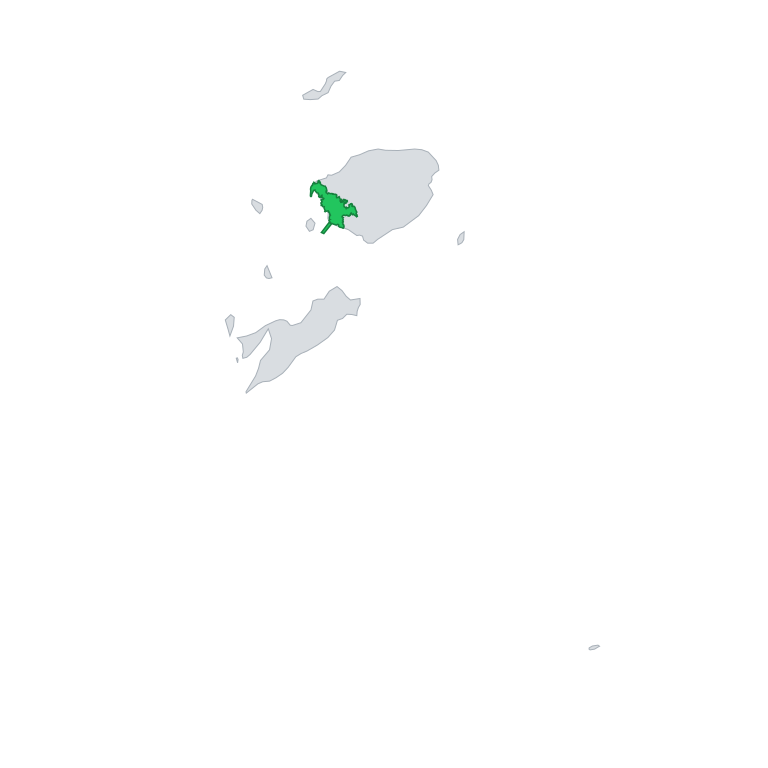 location of Tailevu, Central, Fiji, rotated 164°
{"feature_id": "14151628B48978228339800", "entity_name": "Tailevu", "entity_type": "district", "adm_level": 2, "iso_a3": "FJI", "parent_name": "Fiji", "parent_adm1": "Central", "projection": "mercator", "projection_center": [178.445, -17.83], "detail": "fine", "context": "in_parent", "style": "filled", "palette": "green", "viewbox_px": 768, "rotation_deg": 164, "n_neighbors": 0, "source": "geoboundaries", "source_scale": "gbopen_adm2", "svg_char_len": 7953}
<svg xmlns="http://www.w3.org/2000/svg" viewBox="0 0 768 768"><g transform="rotate(164 384 384)"><path d="M363.9,527.9L363.9,532.1L366.5,533.9L369.2,534.2L375.7,542.2L385.8,549.1L392.0,554.3L392.3,558.8L390.5,563.6L393.1,572.1L394.3,581.0L398.8,595.0L392.5,597.7L382.5,598.0L380.2,600.5L376.8,599.1L368.5,600.2L360.6,604.8L353.1,611.1L344.4,611.1L334.6,612.4L324.9,611.5L318.0,608.2L305.9,604.5L289.7,601.4L283.1,598.8L277.5,594.7L272.3,584.4L271.5,579.3L272.3,574.4L277.0,572.8L281.0,570.3L281.5,567.1L283.3,564.8L285.6,564.0L286.7,562.5L285.1,557.2L284.6,552.5L294.0,543.8L304.2,536.3L322.2,529.5L333.3,530.1L350.2,524.8L355.6,522.4L360.9,523.9L363.9,527.9ZM518.8,414.6L505.2,427.1L500.3,433.6L496.2,440.7L484.6,448.4L479.6,458.6L480.0,469.0L491.6,458.2L504.6,449.3L508.6,447.5L512.6,447.6L512.3,450.6L510.4,453.6L509.0,461.5L512.4,468.8L502.8,468.0L493.2,468.7L481.9,472.8L470.7,474.6L466.6,474.6L462.6,473.2L460.0,471.1L457.9,466.3L455.9,465.5L447.0,465.8L433.8,475.3L429.4,483.4L424.3,483.8L418.3,482.1L411.0,488.3L402.3,490.6L398.6,485.3L396.2,478.8L393.1,474.0L383.5,472.8L385.0,467.0L387.5,464.6L389.8,461.2L391.3,457.2L395.8,459.7L400.5,461.3L405.8,458.4L411.2,458.1L416.7,449.5L425.2,444.1L437.0,439.9L449.0,436.9L455.2,436.2L461.2,434.5L471.6,426.4L478.5,422.3L486.0,419.8L493.2,418.3L499.9,419.6L505.2,418.9L518.9,413.2L518.8,414.6ZM382.6,679.9L382.6,684.0L371.0,686.7L367.1,683.4L364.6,682.7L357.7,688.7L355.7,691.2L355.0,693.0L353.3,694.0L340.5,696.9L334.9,694.0L338.7,692.0L343.3,688.1L348.0,688.7L352.8,685.0L357.4,679.5L364.1,678.3L368.8,676.1L376.5,677.7L382.6,679.9ZM518.9,489.3L512.2,492.9L509.6,489.4L512.7,481.1L518.9,472.6L518.8,479.5L518.9,489.3ZM460.3,597.0L459.5,597.8L451.6,590.2L451.9,587.2L453.3,584.6L456.4,582.0L459.2,586.3L461.5,593.5L460.3,597.0ZM413.2,561.7L408.6,563.4L406.0,557.6L409.6,551.8L413.6,551.3L415.5,557.2L413.2,561.7ZM466.9,527.4L463.8,530.0L462.4,517.0L465.5,517.1L467.8,518.4L469.1,521.7L466.9,527.4ZM269.6,506.7L265.0,508.3L267.5,500.8L270.1,498.4L271.7,497.9L274.4,497.4L273.4,502.7L269.6,506.7ZM259.5,73.8L255.9,74.7L250.3,74.0L249.1,72.5L250.9,72.1L254.6,71.1L259.2,71.6L260.0,72.6L259.5,73.8ZM518.9,449.5L517.8,449.6L517.5,447.8L518.9,444.7L518.9,449.5Z" fill="#d9dde1" stroke="#a8b0b8" stroke-width="1"/><path d="M362.9,556.5L363.0,556.7L362.8,557.0L362.8,557.3L363.2,557.9L363.1,558.2L363.1,558.7L363.2,559.1L363.4,559.5L363.2,560.1L363.3,560.4L363.2,561.7L363.5,562.0L363.4,562.3L363.8,562.8L363.9,563.2L364.1,563.3L365.0,563.2L365.5,563.4L365.8,563.7L365.6,564.3L365.3,564.4L365.0,564.8L365.0,565.8L365.3,566.2L365.4,566.3L365.7,566.1L365.9,566.2L366.0,566.1L366.4,566.3L366.6,565.9L366.8,566.0L367.0,566.0L367.6,566.0L367.7,565.9L367.9,566.0L368.3,565.8L368.2,565.6L368.5,564.9L368.4,564.6L368.5,563.8L368.7,563.7L369.7,563.4L370.1,563.2L370.3,563.4L371.0,563.4L371.4,563.6L371.4,563.8L371.9,563.3L371.9,563.5L372.1,563.6L372.3,564.2L372.6,564.7L372.9,565.0L373.3,565.1L373.5,566.2L373.1,567.0L373.1,567.8L372.9,568.2L372.8,568.3L372.6,568.2L372.5,568.4L372.3,568.3L372.2,568.7L371.9,568.6L371.8,568.9L371.3,568.6L371.3,568.8L371.2,569.0L370.9,568.9L370.8,569.0L370.8,568.8L370.5,568.7L370.5,569.3L370.3,569.5L370.1,569.6L369.7,569.3L369.0,569.3L369.0,569.7L369.2,570.0L368.8,570.3L368.9,570.6L369.6,570.9L369.8,570.8L369.8,570.5L369.9,570.4L370.0,570.9L370.4,571.3L370.5,571.8L370.7,572.0L370.9,572.1L371.2,571.8L371.2,572.0L371.6,572.1L372.0,572.6L372.3,572.6L372.6,572.1L373.0,571.8L373.1,571.4L373.3,571.3L373.3,571.0L373.2,570.9L373.5,570.7L373.3,570.7L373.2,570.6L373.4,570.6L373.4,570.3L373.7,570.3L373.9,570.6L374.2,570.5L374.3,570.7L374.6,570.7L374.9,570.4L375.1,570.5L374.9,570.7L375.0,570.7L375.1,570.8L375.2,570.7L375.3,570.7L375.2,570.9L375.1,571.0L374.9,571.0L375.1,571.2L374.9,571.2L375.0,571.4L374.8,571.4L375.0,571.5L374.9,571.8L374.8,572.0L375.0,572.2L374.8,572.2L375.0,572.6L374.8,572.7L374.9,573.0L375.0,573.2L375.0,573.6L375.2,573.9L375.2,574.3L375.4,574.8L375.4,575.6L375.3,575.8L375.3,576.0L375.6,576.2L375.6,576.4L376.0,576.3L376.0,576.2L376.4,575.9L377.2,576.0L377.5,576.1L378.0,576.0L378.2,576.3L378.2,576.6L378.1,576.9L378.0,577.0L377.8,577.2L377.8,577.3L378.0,577.9L377.3,578.5L377.4,578.9L377.8,579.4L378.1,579.5L378.6,579.9L378.9,579.8L379.6,580.2L380.0,580.2L380.1,580.5L380.3,580.4L380.8,580.5L381.0,580.6L380.9,580.9L381.0,581.1L381.5,581.5L382.2,581.6L382.3,581.5L382.9,581.7L383.3,581.8L383.4,582.0L383.5,582.0L383.8,582.4L384.4,582.7L384.7,582.5L384.9,582.5L385.0,582.8L385.1,582.7L385.2,582.8L385.3,582.8L385.3,582.6L385.5,582.6L385.7,582.9L385.8,582.9L385.9,582.7L386.0,582.9L386.2,583.0L386.3,583.4L386.6,583.6L386.8,583.8L386.7,584.0L386.8,584.5L386.6,584.9L386.6,585.4L386.4,585.5L386.0,585.2L385.9,585.1L385.7,585.2L385.7,585.3L385.6,585.6L385.5,587.7L385.5,588.7L385.7,588.9L385.9,590.3L387.2,590.8L388.3,591.9L389.2,592.5L389.6,593.1L389.8,593.7L389.9,594.1L389.7,594.7L389.7,595.0L390.1,595.2L390.5,595.1L391.1,595.9L391.2,596.1L391.4,596.1L391.6,596.3L391.6,596.1L391.9,595.8L392.0,595.9L392.4,595.5L392.5,595.5L393.0,595.2L393.3,595.4L394.1,595.4L394.2,595.5L394.4,595.5L394.5,595.6L394.6,595.4L395.2,595.4L395.2,595.6L395.5,595.8L395.5,596.0L395.5,596.4L395.5,596.6L395.8,596.5L395.9,596.8L396.0,596.6L396.3,596.7L397.2,596.2L397.3,596.0L397.4,595.5L397.9,595.1L398.0,594.7L399.0,594.3L399.5,594.0L400.3,592.9L400.9,591.6L401.2,589.8L402.8,585.5L402.9,584.8L402.8,584.5L402.5,584.3L402.0,584.5L401.0,586.5L399.2,588.5L398.4,589.5L396.9,589.5L397.0,589.1L396.9,588.6L396.5,587.8L396.0,586.6L395.7,586.3L394.8,585.8L394.6,585.5L394.5,585.0L394.5,584.8L394.5,583.1L395.1,582.2L394.9,581.7L394.5,581.3L393.7,581.2L393.3,581.3L392.2,582.5L391.8,582.5L392.1,582.0L392.1,581.9L391.8,581.7L392.0,581.3L392.4,581.1L392.8,581.2L393.0,580.6L392.2,580.2L391.8,580.2L391.6,579.8L390.8,579.1L391.0,579.0L391.1,578.5L391.4,578.1L392.9,578.5L393.3,578.5L393.6,578.3L393.7,578.0L393.4,577.4L393.4,576.8L393.6,576.3L392.9,575.5L393.0,575.6L393.6,575.7L394.5,575.6L394.7,575.4L394.8,575.3L394.6,574.7L394.6,574.3L394.9,573.5L395.2,573.2L395.1,572.8L394.5,572.7L394.1,572.9L394.1,572.0L393.8,571.2L393.1,570.8L392.6,570.8L393.1,569.7L393.1,569.1L392.9,567.5L392.4,566.5L392.1,566.1L391.3,565.9L389.9,565.8L389.8,564.5L389.5,564.5L389.3,564.0L389.3,562.9L389.2,562.7L389.4,562.1L389.4,561.7L389.0,561.4L389.0,561.1L389.4,561.1L390.6,559.3L391.0,557.8L390.8,557.1L390.7,557.0L391.1,557.0L391.7,556.5L391.8,556.3L391.6,555.6L391.3,555.1L391.7,554.6L391.6,554.4L391.3,554.2L391.2,553.7L389.9,552.6L389.6,552.6L388.8,551.8L385.9,550.0L384.7,550.3L384.5,550.1L383.8,549.8L383.7,549.6L384.0,548.8L384.0,547.9L383.8,547.6L383.2,546.9L382.0,546.2L381.4,546.0L380.4,545.0L380.0,545.1L379.1,546.0L379.3,546.5L378.9,547.1L379.0,547.4L378.9,548.1L379.0,548.3L379.4,548.4L379.5,549.1L379.3,549.3L379.1,550.2L379.3,550.8L378.6,550.9L378.4,551.1L378.4,551.4L378.8,552.0L378.8,552.4L378.6,552.6L378.1,552.8L377.9,553.0L378.0,553.6L377.9,554.6L377.6,555.0L377.3,555.2L377.7,555.5L378.3,556.2L378.1,556.5L377.7,556.9L377.5,557.0L377.4,557.2L377.1,557.3L376.6,557.3L375.9,557.5L375.0,556.7L374.5,556.7L374.3,556.5L373.7,556.5L373.2,556.7L372.4,555.9L372.2,555.3L371.7,555.2L371.5,555.3L371.2,555.1L371.0,555.5L370.3,555.3L369.9,555.5L370.0,555.9L369.9,556.1L369.3,556.5L369.2,556.8L368.9,557.2L368.7,557.3L368.8,556.7L368.6,556.5L368.2,556.7L368.0,556.0L367.9,555.8L367.6,555.8L367.5,555.4L366.7,555.7L366.7,555.4L366.9,555.4L365.9,554.7L365.4,553.9L364.9,553.4L364.8,553.2L364.4,552.7L364.3,552.3L363.5,552.5L363.6,552.9L363.3,553.7L363.7,553.9L363.6,554.4L363.9,554.8L363.8,555.3L363.9,555.5L363.4,556.0L363.0,556.3L362.9,556.5ZM402.4,546.9L400.4,545.2L390.2,552.4L392.4,554.3L402.4,546.9ZM390.5,597.5L390.8,597.3L390.8,597.2L390.9,596.9L390.3,596.8L390.5,597.1L390.4,597.3L390.5,597.5ZM393.1,566.6L393.4,566.3L393.2,566.0L392.9,566.5L393.1,566.6ZM374.3,573.3L374.5,573.1L374.3,573.0L374.2,573.0L374.2,573.3L374.3,573.3Z" fill="#22c55e" stroke="#15803d" stroke-width="1.5"/></g></svg>